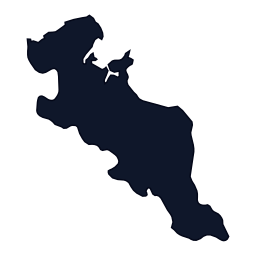 an SVG outline of Kyōto
{"feature_id": "JPN-1850", "entity_name": "Kyōto", "entity_type": "Urban Prefecture", "adm_level": 1, "iso_a3": "JPN", "parent_name": "Japan", "parent_adm1": "", "projection": "albers", "projection_center": [135.379, 35.234], "detail": "fine", "context": "isolated", "style": "filled", "palette": "ink", "viewbox_px": 256, "rotation_deg": 0, "n_neighbors": 0, "source": "natural_earth", "source_scale": "10m", "svg_char_len": 2903}
<svg xmlns="http://www.w3.org/2000/svg" viewBox="0 0 256 256"><path d="M27.4,39.1L30.5,39.3L31.1,41.7L33.3,41.0L36.4,42.0L38.3,42.7L41.8,39.8L42.8,39.2L44.6,38.6L43.9,35.9L48.7,32.5L52.6,32.3L55.7,31.9L58.4,30.1L65.4,25.0L65.1,22.3L73.7,19.6L82.1,17.9L86.6,17.2L89.4,15.4L93.4,18.4L95.3,22.2L97.9,23.9L100.6,28.1L102.5,32.9L102.9,36.5L101.7,39.4L98.3,37.1L94.8,39.6L92.7,44.0L92.0,46.7L90.4,48.5L85.6,54.1L82.7,58.8L82.8,62.9L84.1,64.1L85.9,63.7L86.1,60.1L88.5,58.2L90.8,54.7L93.0,53.2L93.9,57.5L95.9,58.4L96.8,59.3L95.3,60.4L93.6,60.4L91.5,60.3L91.4,63.6L102.1,69.7L104.6,68.6L106.0,67.3L107.9,70.7L106.8,73.6L106.1,75.5L104.4,79.4L104.1,81.1L105.0,83.6L107.0,82.0L108.6,78.5L110.8,75.2L113.8,75.4L118.0,77.4L119.3,76.2L119.3,71.0L114.4,72.1L110.4,70.3L108.3,64.6L112.3,61.1L114.4,60.4L119.3,60.3L121.6,59.5L123.3,57.8L124.9,55.7L125.6,53.5L129.6,50.8L128.8,54.2L127.8,57.4L130.8,58.6L133.0,60.0L132.3,63.3L131.9,64.2L129.5,65.4L127.8,66.8L126.0,68.7L125.6,70.6L126.3,72.7L127.3,74.5L128.0,76.6L128.0,77.6L126.9,80.4L127.0,82.5L127.9,85.2L133.4,92.1L136.4,95.0L137.7,97.2L139.2,99.0L142.7,100.9L168.2,107.9L177.5,106.4L182.5,110.6L191.9,121.9L192.3,125.0L190.6,132.6L190.9,135.3L193.2,144.9L193.7,148.5L193.7,151.8L190.1,175.9L190.1,176.9L191.8,181.1L194.4,185.3L196.8,190.9L197.3,193.9L197.3,196.9L197.2,200.2L197.8,202.2L198.5,203.4L200.3,204.7L202.5,205.3L205.2,205.4L207.6,204.9L209.8,206.3L211.1,208.6L212.3,210.5L213.9,211.8L218.2,214.0L220.2,216.0L221.7,218.3L222.5,220.3L222.7,224.3L228.6,236.5L227.3,239.0L225.7,240.2L223.8,240.6L222.2,240.3L219.8,239.1L216.3,236.9L210.5,234.8L206.7,234.8L203.3,236.2L200.4,238.5L196.3,240.2L193.4,240.1L190.9,239.1L189.4,238.1L182.4,235.8L179.6,234.5L177.3,232.9L174.3,229.7L171.6,227.6L173.1,222.1L172.0,216.7L170.7,214.3L167.5,209.8L161.2,198.3L159.1,196.1L156.8,195.2L155.0,195.4L152.9,194.0L150.3,188.4L148.8,187.6L147.5,188.3L146.5,189.7L145.9,191.3L146.6,192.9L147.0,194.8L145.8,195.9L142.6,196.1L136.8,193.0L133.6,190.2L131.2,186.7L128.9,182.5L126.4,180.7L124.1,179.9L117.7,179.4L112.6,177.8L108.9,174.1L108.4,172.6L108.4,170.9L109.7,170.1L112.0,169.1L115.2,167.1L118.4,163.8L119.0,161.1L118.3,158.8L117.0,156.3L115.3,154.6L109.3,150.2L107.1,149.4L102.5,150.3L100.7,149.5L99.3,147.1L97.4,145.3L94.8,144.4L92.1,144.1L88.9,144.3L84.8,141.6L82.6,138.6L79.8,133.5L77.7,127.0L76.5,125.9L75.6,125.4L72.1,125.2L70.4,125.7L66.5,128.0L63.7,128.2L61.5,126.7L55.1,124.3L52.9,121.8L50.8,120.1L48.8,118.9L42.8,117.2L39.6,115.5L37.9,113.7L37.1,111.9L36.9,110.4L37.5,102.2L37.9,99.9L38.6,97.5L40.1,96.3L41.9,96.1L44.2,97.1L48.0,99.6L49.6,100.2L51.1,100.5L53.0,100.4L54.6,99.6L55.8,98.2L57.1,96.4L58.2,94.4L59.0,92.2L59.2,89.9L58.7,76.2L58.1,71.8L56.6,69.6L54.7,68.4L52.8,68.5L51.0,69.2L45.7,72.2L42.7,73.0L39.3,72.2L35.4,69.6L30.9,63.1L29.1,59.9L28.1,57.4L27.8,54.7L27.8,51.0L28.0,48.9L28.1,46.6L27.4,39.1Z" fill="#0f172a" stroke="#020617" stroke-width="1.5"/></svg>